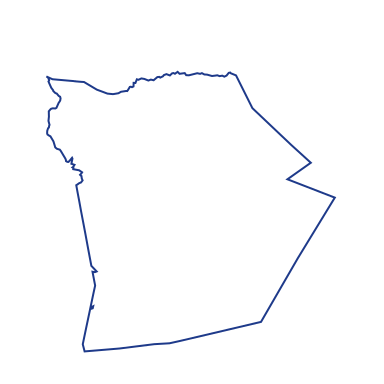 the district of Santa Magdalena Jicotlán, Oaxaca, Mexico, rotated 258°
{"feature_id": "50627088B89026110840758", "entity_name": "Santa Magdalena Jicotlán", "entity_type": "district", "adm_level": 2, "iso_a3": "MEX", "parent_name": "Mexico", "parent_adm1": "Oaxaca", "projection": "robinson", "projection_center": [-97.463, 17.804], "detail": "fine", "context": "isolated", "style": "outline", "palette": "blue", "viewbox_px": 384, "rotation_deg": 258, "n_neighbors": 0, "source": "geoboundaries", "source_scale": "gbopen_adm2", "svg_char_len": 2150}
<svg xmlns="http://www.w3.org/2000/svg" viewBox="0 0 384 384"><g transform="rotate(258 192 192)"><path d="M65.8,53.5L58.4,53.8L54.0,88.5L51.0,123.4L48.7,138.5L48.8,149.4L50.6,232.5L105.2,281.7L156.8,330.5L184.6,288.0L195.9,314.3L217.6,298.7L257.4,271.3L261.5,268.5L296.9,259.3L300.1,254.6L300.9,254.2L300.9,252.7L298.7,250.0L298.1,247.6L299.5,245.8L299.6,243.1L300.9,241.0L301.0,239.1L301.3,235.7L303.7,231.1L304.4,228.5L306.2,226.4L305.9,224.5L307.1,221.8L307.0,219.2L306.8,213.2L307.5,210.6L309.8,209.6L310.2,204.4L312.5,202.9L311.2,199.9L312.2,198.6L312.2,197.2L310.6,194.6L312.6,191.5L312.2,188.8L311.2,187.6L310.5,184.7L311.4,184.0L311.6,182.0L309.3,177.7L310.5,175.1L310.1,172.5L312.5,168.9L313.6,166.1L312.9,162.9L313.7,161.5L310.4,159.3L310.9,157.6L308.4,157.0L307.4,156.7L307.0,155.1L307.7,154.1L307.7,153.0L306.9,152.3L304.9,150.4L304.2,149.6L304.5,148.7L304.8,143.4L303.9,140.6L304.1,135.6L304.2,134.9L304.8,133.0L305.8,129.8L306.6,128.5L308.1,126.2L311.7,120.5L311.9,120.2L314.3,117.6L316.9,114.8L320.6,110.8L322.0,109.3L322.4,108.0L322.8,106.5L323.8,103.2L324.4,101.2L324.5,101.1L324.7,100.3L325.2,99.0L326.3,95.3L330.6,81.3L331.3,79.0L333.4,76.1L335.3,73.6L333.9,75.0L331.1,75.5L330.7,75.4L330.0,74.6L328.3,74.9L323.2,76.0L320.4,77.3L319.6,77.3L317.2,78.9L316.4,80.2L313.7,81.6L312.6,82.8L310.9,82.9L308.9,82.1L308.1,81.4L306.9,80.1L302.5,76.9L302.1,75.7L302.8,73.2L302.7,71.5L302.2,70.6L300.7,68.7L295.4,67.7L291.4,66.4L288.9,66.5L287.3,66.6L286.4,66.0L284.8,65.4L284.3,64.5L281.9,63.1L279.5,62.5L278.3,62.6L276.9,63.9L275.9,65.1L270.3,67.0L265.6,67.4L264.1,67.5L262.4,68.8L260.9,71.5L259.4,72.2L250.9,75.1L249.6,75.3L248.4,75.2L247.4,76.3L247.1,77.4L248.1,78.9L250.4,81.8L249.5,82.0L244.7,79.9L243.0,82.7L241.3,81.1L240.9,80.2L240.1,81.0L239.0,80.6L236.7,86.1L234.1,88.6L233.1,87.6L232.1,86.1L231.1,86.7L230.6,87.2L228.2,87.0L226.1,87.4L224.4,85.4L224.1,83.5L223.4,82.0L222.7,80.2L215.6,80.0L206.6,79.8L196.4,79.5L186.4,79.3L172.7,79.0L158.0,78.6L140.7,78.2L134.1,82.2L133.8,80.3L134.7,78.1L120.6,77.8L115.1,75.3L100.0,68.6L100.8,71.6L98.9,70.7L98.6,68.0L80.8,60.1L65.8,53.5Z" fill="none" stroke="#1e3a8a" stroke-width="2"/></g></svg>